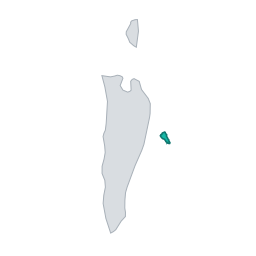 location of Atauro, Dili, East Timor, rotated 113°
{"feature_id": "22284137B11289182458696", "entity_name": "Atauro", "entity_type": "district", "adm_level": 2, "iso_a3": "TLS", "parent_name": "East Timor", "parent_adm1": "Dili", "projection": "albers", "projection_center": [125.573, -8.218], "detail": "fine", "context": "in_parent", "style": "filled", "palette": "teal", "viewbox_px": 256, "rotation_deg": 113, "n_neighbors": 0, "source": "geoboundaries", "source_scale": "gbopen_adm2", "svg_char_len": 2779}
<svg xmlns="http://www.w3.org/2000/svg" viewBox="0 0 256 256"><g transform="rotate(113 128 128)"><path d="M90.0,172.5L87.8,164.1L85.4,160.6L83.6,158.5L83.0,156.0L83.1,153.4L84.2,152.1L92.0,151.8L95.1,147.5L95.1,142.3L93.5,140.6L92.0,139.9L83.9,143.8L81.6,143.1L80.2,141.7L80.7,135.9L87.3,130.6L92.9,120.9L96.9,117.0L106.1,113.3L109.8,112.3L136.7,107.0L143.1,106.6L160.1,106.8L182.8,105.7L188.5,105.0L195.8,102.6L202.9,99.7L206.6,97.4L210.5,95.8L216.4,97.9L226.3,99.5L229.0,100.9L231.5,102.9L219.9,113.0L207.2,121.4L199.4,124.0L191.3,125.7L185.2,128.9L180.0,134.1L173.3,136.9L165.9,137.9L159.5,139.4L153.7,142.4L145.6,147.6L142.4,148.1L138.9,148.0L132.2,149.9L111.5,157.3L99.0,165.5L90.0,172.5ZM24.5,161.7L34.8,156.2L50.4,151.9L50.0,155.0L48.4,159.9L46.0,162.2L42.5,166.3L40.1,167.2L30.8,166.3L29.6,166.9L28.0,166.5L25.6,163.9L24.5,161.7ZM126.6,84.3L122.4,95.4L117.8,93.0L122.7,86.8L125.0,85.0L126.6,84.3Z" fill="#d9dde1" stroke="#a8b0b8" stroke-width="1"/><path d="M125.8,83.5L125.6,83.6L125.4,83.7L125.2,83.7L125.2,83.8L124.9,83.9L124.9,84.0L124.7,84.2L124.6,84.3L124.5,84.5L124.2,84.8L124.1,85.0L123.9,85.2L123.6,85.5L123.4,85.7L123.1,85.7L123.1,85.8L123.0,86.3L122.9,86.4L122.8,86.5L122.7,86.7L122.6,86.8L122.4,86.9L122.3,87.0L122.1,87.3L121.9,87.5L121.7,87.8L121.5,88.0L121.4,88.0L121.2,88.3L121.2,88.5L120.9,88.8L120.8,89.0L120.7,89.1L120.6,89.4L120.5,89.5L120.4,89.5L120.2,89.6L119.9,89.6L119.6,89.5L119.4,89.6L119.2,89.7L119.1,89.8L118.9,89.9L118.9,90.0L118.8,90.3L118.7,90.4L118.7,90.6L118.7,90.9L118.6,91.0L118.1,91.6L117.9,91.7L117.6,91.9L117.6,92.0L117.4,92.2L117.4,92.3L117.4,92.5L117.5,92.5L117.6,92.8L117.8,93.1L118.1,93.3L118.2,93.5L118.3,93.5L118.5,93.7L118.5,93.8L118.8,94.0L119.0,94.2L119.0,94.3L119.3,94.5L119.5,94.5L119.8,94.5L119.9,94.4L120.1,94.4L120.3,94.4L120.3,94.5L120.5,94.5L120.6,94.4L120.8,94.5L120.9,94.8L121.0,94.8L121.2,95.0L121.3,95.1L121.5,95.0L121.8,95.1L122.0,95.0L122.3,95.2L122.5,95.1L122.7,94.9L122.8,94.9L122.9,94.7L123.0,94.5L123.0,94.4L123.2,94.2L123.3,94.1L123.4,93.9L123.5,93.9L123.6,93.7L123.7,93.4L123.8,93.3L123.8,93.2L123.9,92.9L124.0,92.8L124.0,92.7L124.1,92.4L124.1,92.2L124.3,91.9L124.2,91.8L124.2,91.7L124.1,91.4L124.1,91.2L124.1,90.9L124.2,90.6L124.1,90.4L124.1,90.2L124.3,89.9L124.3,89.7L124.5,89.4L124.5,89.2L124.7,88.9L124.8,88.8L124.9,88.7L125.0,88.7L125.2,88.4L125.3,88.3L125.3,88.2L125.5,88.0L125.7,87.9L125.8,87.8L125.8,87.7L125.8,87.4L125.8,87.1L125.9,86.9L126.0,86.9L126.1,86.7L126.3,86.4L126.2,86.3L126.3,86.1L126.2,86.0L126.3,86.0L126.2,86.0L126.2,85.9L126.3,85.9L126.2,85.9L126.3,85.9L126.5,85.9L126.4,85.8L126.4,85.7L126.3,85.4L126.2,85.1L126.2,84.9L126.3,84.8L126.3,84.7L126.2,84.5L126.2,84.4L126.1,84.2L126.1,83.9L126.0,83.7L125.9,83.5L125.8,83.5Z" fill="#14b8a6" stroke="#0f766e" stroke-width="1.5"/></g></svg>